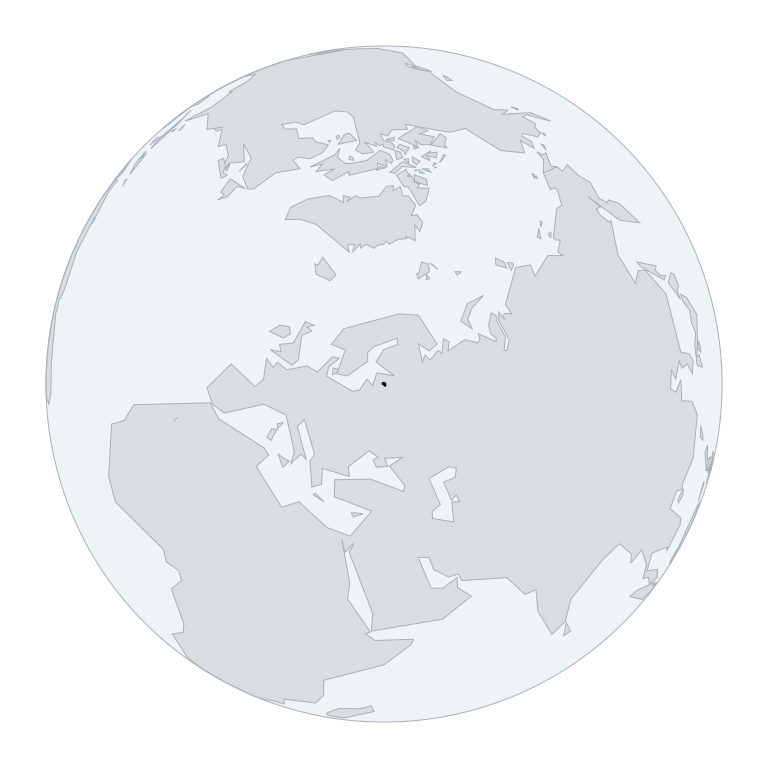 Põlva highlighted on a globe, orthographic projection, rotated 25°
{"feature_id": "EST-2347", "entity_name": "Põlva", "entity_type": "County", "adm_level": 1, "iso_a3": "EST", "parent_name": "Estonia", "parent_adm1": "", "projection": "orthographic", "projection_center": [27.097, 58.038], "detail": "fine", "context": "on_globe", "style": "filled", "palette": "ink", "viewbox_px": 768, "rotation_deg": 25, "n_neighbors": 0, "source": "natural_earth", "source_scale": "10m", "svg_char_len": 11689}
<svg xmlns="http://www.w3.org/2000/svg" viewBox="0 0 768 768"><g transform="rotate(25 384 384)"><circle cx="384" cy="384" r="338" fill="#eef3f6" stroke="#a8b0b8"/><path d="M159.0,131.9L206.7,98.1L176.1,117.6L188.3,108.5L200.5,100.4L198.3,102.1L219.1,91.1L235.5,82.9L261.0,76.2L277.5,82.2L267.9,84.5L272.9,86.2L285.3,83.8L292.2,81.8L326.4,88.8L367.4,88.9L380.4,83.5L377.5,89.5L402.2,76.1L424.5,75.2L399.2,79.8L396.6,83.2L411.7,84.0L412.2,87.7L419.8,90.5L419.1,95.0L404.5,98.0L403.7,101.2L414.5,101.7L420.5,107.0L404.9,105.7L413.9,115.1L390.9,123.1L349.7,118.1L336.7,128.4L293.7,139.6L297.4,143.3L283.5,150.6L282.6,157.8L274.9,158.4L280.9,163.7L288.1,161.8L293.2,163.7L293.3,167.9L283.5,169.2L282.0,167.2L279.2,169.9L274.2,168.8L276.7,171.7L264.8,173.1L276.7,178.1L267.3,184.6L259.3,183.9L260.1,175.6L243.6,155.2L235.8,152.9L224.0,157.4L201.8,182.9L193.2,184.2L181.6,192.0L186.2,194.8L197.0,189.8L202.9,197.5L215.4,191.0L219.6,193.4L232.5,190.7L230.5,200.2L221.6,211.3L210.8,214.3L206.6,219.5L216.8,224.4L196.7,238.2L183.5,262.0L178.3,264.9L168.2,255.7L168.2,235.3L155.1,225.6L163.5,241.5L150.4,249.4L148.2,254.9L148.8,260.4L153.8,261.3L149.3,266.3L139.3,251.8L143.2,247.1L146.4,251.5L146.3,242.3L139.5,233.6L133.4,238.8L129.6,221.9L125.1,225.6L121.8,224.3L129.1,219.4L115.9,228.2L110.5,213.3L92.4,229.9L110.3,206.5L116.7,194.9L123.0,182.8L119.9,185.1L132.3,167.3L136.6,157.7L128.1,163.8L115.8,178.5L103.0,196.7L103.9,196.8L97.2,209.2L92.0,214.0L78.7,240.0L75.5,246.1L86.0,224.7L97.9,204.2L111.2,184.5L125.9,165.9L141.9,148.3L159.0,131.9ZM60.4,286.5L59.7,288.9L59.6,291.1L57.9,302.4L54.2,312.5L56.2,312.0L53.2,325.2L52.0,355.8L51.2,355.6L49.6,394.0L53.9,428.3L54.8,442.7L53.7,443.9L56.5,455.5L56.7,458.7L73.2,504.5L86.1,533.6L88.7,543.9L83.8,539.0L84.6,540.7L74.3,519.3L65.6,497.1L58.4,474.4L52.8,451.3L48.9,427.8L46.7,404.1L46.1,380.3L47.2,356.5L50.0,332.9L54.4,309.5L60.4,286.5ZM87.9,233.6L73.2,269.4L76.8,254.1L77.0,255.8L81.7,245.5L88.9,229.5L93.4,217.3L87.9,233.6ZM92.0,238.0L94.1,232.5L92.7,237.3L92.0,238.0ZM295.2,80.5L285.5,83.4L274.1,84.5L282.1,81.6L295.2,80.5ZM316.9,80.3L312.5,82.4L307.3,79.4L311.4,79.1L316.9,80.3ZM389.6,79.1L381.6,79.3L389.2,77.9L389.6,79.1ZM421.0,90.1L423.1,88.9L426.2,90.9L421.0,90.1ZM232.7,185.7L232.6,188.1L230.3,187.3L232.7,185.7ZM238.4,182.3L235.9,179.7L238.2,177.7L239.7,179.3L238.4,182.3ZM427.9,99.8L432.2,103.6L425.3,100.2L427.9,99.8ZM241.1,186.1L242.6,174.6L246.8,171.3L256.2,174.9L241.1,186.1ZM433.0,106.2L443.5,115.9L449.1,114.0L439.3,125.4L433.6,113.1L424.2,109.0L431.2,109.1L433.0,106.2ZM290.3,159.5L282.6,161.6L288.9,156.0L290.3,159.5ZM293.1,155.5L305.2,136.7L316.7,136.0L310.3,142.3L325.0,138.7L324.7,147.5L316.5,151.5L309.2,150.1L314.6,154.6L293.1,155.5ZM432.1,130.5L432.5,133.5L429.3,130.9L432.1,130.5ZM295.7,164.0L297.1,160.1L307.1,159.2L306.1,166.9L303.2,164.7L295.7,164.0ZM329.0,133.6L336.3,134.5L338.0,141.8L341.1,143.3L325.6,147.7L329.0,133.6ZM301.0,167.0L305.3,170.9L300.7,175.2L295.0,167.8L301.0,167.0ZM310.1,155.8L314.8,155.8L311.9,158.2L310.1,155.8ZM286.9,193.6L288.4,188.5L293.7,187.5L286.9,193.6ZM307.2,172.0L308.8,170.5L311.1,169.7L312.9,173.1L307.2,172.0ZM327.9,152.8L327.1,155.8L334.3,151.3L335.9,156.9L325.3,159.0L330.5,160.4L331.0,162.2L321.8,162.0L327.9,152.8ZM321.6,174.1L308.7,179.2L304.8,188.5L299.9,189.6L307.1,174.4L321.6,174.1ZM322.6,167.0L320.9,171.6L315.7,170.3L313.6,166.4L322.6,167.0ZM340.8,160.1L341.1,150.9L343.4,150.8L340.8,160.1ZM321.5,177.0L324.6,175.8L321.9,177.8L321.5,177.0ZM336.0,165.5L335.8,162.2L338.5,162.1L336.0,165.5ZM331.1,176.2L326.9,177.7L325.3,175.0L331.1,176.2ZM334.2,171.4L337.8,172.2L327.3,173.1L333.6,169.9L334.2,171.4ZM338.5,166.0L340.0,164.9L338.3,167.4L338.5,166.0ZM339.3,185.7L326.4,187.6L323.0,181.5L336.0,180.5L339.3,185.7ZM339.6,719.0L322.0,715.2L297.7,700.0L307.1,694.0L303.9,685.9L277.9,659.6L283.6,647.7L276.6,639.9L262.1,637.3L254.0,627.2L245.2,624.0L190.4,604.4L173.7,584.4L154.0,535.5L164.0,526.9L165.9,508.5L234.5,474.5L249.0,485.4L302.8,492.7L309.5,497.0L303.0,512.7L343.3,539.0L356.5,526.7L393.2,538.2L417.7,536.1L426.7,504.4L386.6,507.2L379.8,491.6L412.1,475.9L447.1,473.2L445.6,467.1L423.6,456.0L431.8,442.9L416.0,451.0L422.3,457.0L412.5,462.5L406.2,457.5L409.3,452.8L398.8,450.7L386.5,474.1L391.6,482.6L363.9,486.5L369.7,501.4L362.2,507.8L349.5,485.3L350.8,477.1L327.1,450.1L323.2,458.9L345.3,485.2L338.3,482.7L333.2,495.7L331.6,483.8L308.5,453.6L283.6,453.1L251.6,477.8L237.1,474.8L225.1,462.2L237.1,430.4L268.1,440.9L272.8,430.6L266.8,410.7L276.7,415.9L278.1,409.3L289.9,412.2L306.7,400.2L318.7,401.3L325.6,381.4L332.7,379.5L326.6,391.7L328.7,401.1L358.6,403.9L364.4,399.9L366.5,387.0L374.4,389.8L372.7,376.9L390.0,372.2L367.4,367.5L369.2,353.0L379.8,342.3L376.3,337.0L359.1,354.5L355.9,362.5L359.6,370.4L347.3,392.3L337.0,394.8L334.6,369.4L319.6,370.4L324.2,350.9L367.9,314.1L386.0,307.1L415.3,325.5L410.9,334.9L398.2,332.9L409.6,347.9L408.9,340.3L415.5,342.9L418.9,330.5L423.7,331.8L418.8,318.0L425.1,318.2L428.1,326.9L438.6,309.6L451.8,307.0L451.9,302.5L448.2,298.5L467.4,298.3L466.6,295.0L460.0,293.8L454.0,286.7L451.0,274.2L457.8,274.8L459.8,279.4L474.3,290.2L478.6,302.8L481.1,301.8L479.0,291.1L461.3,277.8L457.6,270.2L466.7,275.2L463.1,272.7L463.4,269.2L470.0,266.4L460.4,260.5L454.2,222.7L466.5,214.2L475.3,222.4L478.2,198.5L491.8,192.0L485.7,190.7L482.9,179.1L478.6,181.0L475.5,179.5L466.4,152.2L469.6,146.8L458.8,134.7L455.6,134.2L452.7,137.5L439.3,125.4L449.1,114.0L455.8,115.6L457.4,107.8L472.4,112.9L485.5,114.0L500.9,125.0L509.9,125.4L509.5,122.3L521.5,121.0L547.6,129.8L528.3,135.9L489.5,128.0L505.5,132.1L502.4,135.3L508.5,139.5L519.7,142.3L520.7,140.0L541.4,168.0L569.5,186.7L566.3,173.9L572.6,170.4L601.7,183.3L639.5,229.7L648.4,227.7L654.5,232.4L659.1,244.4L650.3,237.7L647.5,243.7L641.9,238.5L646.4,256.3L638.4,249.6L645.8,267.3L652.1,268.0L651.1,254.4L660.9,273.2L670.5,269.6L680.8,279.2L695.5,320.3L696.7,348.1L698.7,353.0L694.4,357.5L696.0,376.0L709.7,380.1L711.8,386.4L710.9,415.9L709.6,412.0L698.3,424.1L701.4,442.1L710.2,436.5L713.3,443.8L708.9,452.9L705.1,447.2L701.0,451.1L698.4,436.9L687.9,425.4L683.2,441.8L680.0,433.5L664.8,429.3L656.0,452.3L644.3,500.1L648.6,522.5L642.0,540.0L619.4,524.7L608.6,505.9L600.8,515.0L577.2,507.6L537.6,529.3L531.6,524.7L524.2,531.6L507.5,531.2L498.3,522.3L488.3,526.7L513.0,549.1L523.6,544.2L532.0,528.5L536.9,537.5L552.9,539.3L536.4,572.4L477.0,613.3L470.7,596.8L423.1,550.7L424.3,543.8L424.0,543.1L423.4,541.8L419.6,553.1L411.2,542.5L437.2,579.0L441.7,594.1L476.2,614.5L473.1,618.0L484.0,620.4L518.5,602.9L518.8,608.5L502.8,638.4L454.6,678.0L460.8,691.4L457.0,702.0L426.5,711.9L428.8,716.0L413.1,718.7L411.8,720.1L398.9,721.6L392.9,721.8L366.2,721.4L339.6,719.0ZM211.0,501.5L209.1,507.0L211.0,501.5ZM484.8,485.4L505.5,479.6L495.3,462.1L502.4,458.6L496.3,454.1L494.4,460.9L479.5,447.7L488.1,438.4L485.1,429.8L478.0,431.4L464.6,450.7L486.0,469.4L481.6,479.3L484.8,485.4ZM52.1,356.6L51.5,362.3L51.4,357.4L52.1,356.6ZM74.8,255.5L72.9,261.8L71.0,266.3L72.1,262.1L74.8,255.5ZM64.4,307.3L63.4,315.3L63.4,308.5L64.4,307.3ZM71.4,274.9L65.2,301.3L65.4,289.5L69.8,273.2L68.2,282.2L71.4,274.9ZM87.9,239.9L86.1,244.3L85.0,244.7L87.9,239.9ZM90.9,241.5L91.2,240.1L93.1,237.1L90.9,241.5ZM151.0,250.2L151.6,251.5L151.2,257.4L149.1,255.5L151.0,250.2ZM163.0,280.1L155.5,287.5L159.4,280.6L155.0,279.0L157.9,263.0L175.8,265.5L167.2,267.0L163.0,280.1ZM166.6,243.0L162.8,252.4L166.3,242.0L166.6,243.0ZM274.1,372.0L278.0,378.1L273.2,384.8L258.1,384.8L264.7,374.8L274.1,372.0ZM284.5,385.2L286.3,360.8L295.8,360.4L290.2,364.7L296.3,366.8L288.8,374.4L296.2,398.4L292.5,406.0L266.5,400.9L277.0,398.2L272.6,392.2L284.5,385.2ZM274.0,304.1L274.9,294.9L294.4,305.6L291.3,313.1L276.0,313.2L270.6,304.4L274.0,304.1ZM257.4,195.4L256.5,192.1L259.2,191.6L262.2,194.0L257.4,195.4ZM287.2,191.3L264.2,209.6L262.0,206.6L251.2,221.6L241.2,219.7L248.5,210.0L232.7,220.1L235.3,210.6L225.3,218.5L242.6,197.0L244.3,189.2L246.2,198.4L255.4,200.3L259.9,198.7L273.8,188.8L282.0,173.7L292.4,173.5L297.6,177.5L297.2,181.1L290.6,179.9L294.8,185.6L284.9,186.8L287.2,191.3ZM352.2,230.9L344.7,226.8L351.6,240.8L341.7,241.0L343.2,242.6L335.9,246.8L329.7,254.9L325.2,253.7L324.7,257.4L319.9,260.5L317.7,265.2L308.9,264.9L305.5,270.8L303.3,267.3L299.7,277.7L298.5,269.8L292.2,273.4L296.7,279.1L254.9,268.0L238.4,270.2L225.2,276.7L224.8,263.0L236.8,248.6L254.6,236.4L270.6,236.5L267.5,230.6L274.2,229.0L273.8,234.3L278.4,225.3L283.9,225.5L299.7,216.2L303.0,203.6L308.9,200.2L310.3,205.2L315.1,198.3L321.9,205.6L326.2,203.4L337.2,208.7L337.5,220.1L342.3,216.8L350.9,221.0L352.2,230.9ZM342.2,187.5L344.8,200.5L340.7,207.3L323.3,195.4L318.4,196.4L307.1,189.5L313.3,180.1L316.0,182.8L320.0,183.4L316.4,186.1L322.3,184.3L326.2,188.2L331.7,187.9L331.1,192.2L342.2,187.5ZM317.3,491.9L322.5,493.5L330.7,493.9L327.6,502.4L317.3,491.9ZM301.2,471.6L305.9,471.4L305.5,483.0L300.1,481.6L301.2,471.6ZM308.8,461.7L306.2,470.5L304.4,464.9L308.8,461.7ZM331.0,390.9L336.1,390.1L336.5,393.2L333.6,397.5L331.0,390.9ZM370.6,274.3L367.0,270.4L368.6,268.7L366.6,257.4L373.8,256.6L377.7,263.1L370.6,274.3ZM419.7,510.6L412.5,517.3L408.9,514.7L412.1,512.9L419.7,510.6ZM367.7,512.0L379.5,516.2L366.8,514.3L367.7,512.0ZM378.1,271.5L376.5,266.9L381.1,269.4L378.1,271.5ZM378.9,255.5L384.3,257.3L374.4,255.2L378.9,255.5ZM513.4,684.9L488.8,703.7L473.3,708.1L471.1,706.4L480.8,696.7L499.1,688.8L508.3,681.1L513.4,684.9ZM712.9,461.6L712.5,463.2L713.9,457.0L715.1,451.3L712.9,461.6ZM713.7,458.0L708.9,470.2L696.3,472.9L701.0,463.5L712.9,449.4L712.3,453.9L715.3,448.1L713.7,458.0ZM719.8,421.5L719.1,427.4L718.5,423.3L718.9,414.8L719.9,407.8L719.5,362.3L720.2,356.8L721.4,372.8L721.7,371.8L721.7,396.7L719.8,421.5ZM650.1,523.3L657.5,529.1L653.3,536.0L650.1,523.3ZM715.9,338.5L718.3,357.6L715.0,336.9L715.9,338.5ZM711.8,322.6L713.4,325.8L712.1,326.7L711.8,322.6ZM701.9,358.7L701.0,367.1L699.3,364.5L699.5,352.2L701.9,358.7ZM688.6,287.7L694.7,295.9L696.7,300.2L693.3,298.7L688.6,287.7ZM436.8,261.7L431.6,278.0L432.6,290.0L440.5,296.8L427.0,294.5L425.6,276.0L436.8,261.7ZM451.4,227.3L444.3,221.9L448.8,220.0L451.0,220.9L451.4,227.3ZM446.2,227.1L435.0,228.7L431.9,222.9L441.4,222.8L446.2,227.1ZM406.6,249.7L404.5,254.4L400.8,252.2L406.6,249.7ZM716.8,325.4L716.6,327.4L718.1,337.7L713.5,312.8L714.7,315.0L716.8,325.4ZM714.1,318.3L715.7,327.8L713.0,315.0L714.1,318.3ZM715.1,327.5L713.5,323.7L713.2,318.6L715.1,327.5ZM713.6,314.7L710.5,305.6L711.9,307.2L713.6,314.7ZM709.2,316.1L711.4,311.2L711.5,324.0L703.8,310.1L703.2,302.9L709.2,316.1ZM657.4,221.2L653.3,219.0L650.7,212.1L654.2,215.5L657.4,221.2ZM638.1,188.9L648.6,209.6L656.3,227.1L657.4,224.5L665.5,234.1L660.0,234.7L649.3,217.8L644.7,205.7L637.2,199.0L629.6,187.8L620.7,183.3L615.1,177.3L621.8,177.8L638.1,188.9ZM617.0,182.0L598.7,171.9L596.8,162.0L600.4,162.0L609.6,170.6L610.0,175.3L617.0,182.0ZM593.7,166.7L593.9,171.3L567.6,169.3L561.6,166.6L580.6,162.0L581.9,166.2L588.7,168.7L593.7,166.7ZM436.0,133.1L432.8,133.4L434.5,131.2L436.0,133.1ZM473.2,180.9L469.2,178.5L471.3,175.8L473.2,180.9ZM459.3,170.8L459.6,175.5L456.4,170.3L459.3,170.8ZM460.9,186.2L458.4,177.2L464.8,186.2L460.9,186.2Z" fill="#d9dde1" stroke="#a8b0b8" stroke-width="1"/><path d="M385.3,383.1L385.5,383.5L385.7,383.9L385.7,384.0L385.8,384.3L385.8,384.5L386.1,384.9L386.2,385.0L385.9,385.3L385.4,385.3L385.1,385.2L384.9,385.1L384.7,385.2L384.6,384.9L384.6,384.7L384.5,384.8L384.4,384.7L384.2,384.7L383.9,384.5L383.5,384.6L383.4,384.6L383.2,384.6L382.9,384.6L382.7,384.5L382.4,384.6L382.3,384.2L382.3,383.9L382.3,383.6L382.5,383.5L382.5,383.4L382.6,383.2L382.8,383.1L383.1,383.1L383.2,382.9L383.3,382.8L383.5,382.8L383.8,382.7L384.0,382.8L384.0,382.7L384.5,382.7L384.5,382.8L384.6,383.0L384.7,382.9L385.2,383.1L385.3,383.1Z" fill="#0f172a" stroke="#020617" stroke-width="1.5"/></g></svg>